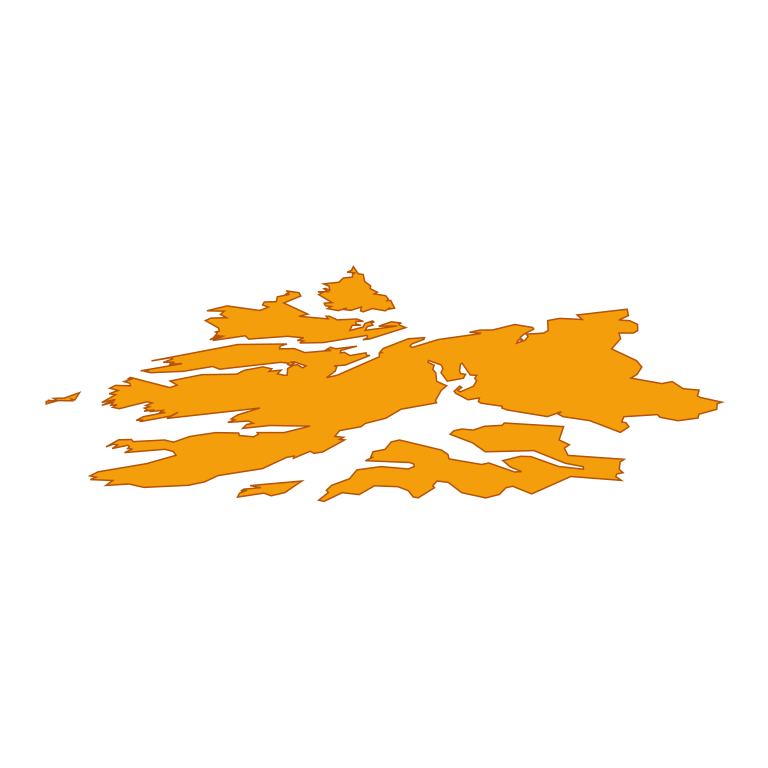 outline of Steigen nor, Nordland, Norway
{"feature_id": "86288312B1701312811751", "entity_name": "Steigen nor", "entity_type": "district", "adm_level": 2, "iso_a3": "NOR", "parent_name": "Norway", "parent_adm1": "Nordland", "projection": "equal_earth", "projection_center": [15.214, 67.838], "detail": "fine", "context": "isolated", "style": "filled", "palette": "amber", "viewbox_px": 768, "rotation_deg": 0, "n_neighbors": 0, "source": "geoboundaries", "source_scale": "gbopen_adm2", "svg_char_len": 6119}
<svg xmlns="http://www.w3.org/2000/svg" viewBox="0 0 768 768"><path d="M697.9,418.1L698.9,414.2L716.8,409.3L717.2,403.6L721.9,402.2L700.0,397.4L697.4,395.8L699.1,390.1L683.2,388.7L672.2,381.6L661.8,383.6L631.0,378.1L637.1,374.3L641.8,367.0L636.6,360.7L611.6,348.9L620.6,338.7L619.0,333.0L633.2,333.1L637.7,330.6L637.5,324.4L629.7,320.7L618.8,320.0L628.4,315.6L627.2,309.2L577.1,315.0L582.4,319.5L559.7,318.4L547.7,320.6L548.1,330.6L543.5,333.1L526.3,334.2L528.1,336.4L525.1,340.2L516.7,343.2L518.4,339.8L522.6,340.0L519.9,337.8L523.8,334.2L533.7,329.1L532.7,327.5L514.8,324.5L492.5,330.0L479.7,330.1L469.5,332.3L480.4,333.1L480.0,333.7L438.4,339.5L412.0,347.5L410.0,346.0L411.7,344.0L423.8,339.4L424.5,337.7L408.5,338.7L383.2,348.5L380.3,351.8L381.7,352.6L379.2,353.1L379.5,356.7L337.1,375.3L326.5,377.6L335.3,371.1L336.8,366.6L334.2,365.9L345.2,365.1L370.0,355.4L366.7,355.5L366.0,352.8L350.0,355.6L344.2,352.3L340.4,353.0L340.9,350.4L357.0,346.2L335.5,348.8L330.7,347.2L326.4,349.7L330.7,350.0L330.4,350.5L304.8,352.6L294.3,348.6L279.4,348.8L280.3,346.0L287.0,344.0L237.8,344.5L151.5,360.9L171.2,357.7L172.6,358.9L163.2,362.4L174.4,362.1L169.0,364.5L181.4,363.5L181.4,363.8L140.6,370.8L149.3,370.3L145.7,371.6L150.8,372.7L183.5,371.3L212.7,366.5L219.6,369.2L280.7,362.3L288.8,363.2L287.7,364.5L290.2,365.6L295.0,362.6L290.2,362.2L293.9,361.8L306.0,365.8L302.6,367.9L297.5,364.7L293.5,365.2L287.6,368.6L287.2,375.1L284.7,375.4L277.4,373.8L281.1,370.1L269.1,371.4L271.8,368.8L262.9,366.9L244.3,370.3L236.7,374.2L201.9,374.7L170.1,381.0L177.1,385.1L169.9,387.6L130.4,377.4L128.6,378.6L132.8,378.6L124.1,381.6L129.8,383.2L130.5,385.8L115.6,385.4L109.8,388.2L118.1,390.4L109.1,393.8L115.5,394.7L101.8,402.5L115.5,399.5L101.8,405.3L113.1,402.4L110.9,405.3L117.1,404.7L112.6,407.3L119.3,408.7L147.2,401.7L152.1,403.0L145.8,405.5L149.4,406.8L144.4,408.1L148.0,410.1L144.0,411.3L154.5,409.8L149.4,411.6L162.9,410.4L160.3,412.3L165.4,412.4L143.3,416.7L136.2,420.4L143.2,419.9L139.7,421.7L170.5,416.1L178.1,412.3L166.9,418.4L259.9,408.0L237.7,414.9L231.1,418.9L234.7,419.8L227.8,422.4L248.5,421.0L253.2,423.2L246.7,424.5L242.7,428.4L269.6,425.5L310.2,426.1L284.0,432.6L257.2,432.6L258.3,434.3L253.6,436.8L239.4,435.5L238.7,433.0L215.5,432.6L189.7,436.5L173.4,442.2L164.7,440.0L133.2,441.6L131.4,439.5L118.7,439.8L106.0,446.9L113.6,444.1L117.6,445.0L112.2,448.5L127.8,445.3L129.4,446.7L127.6,448.6L132.5,449.0L124.5,452.6L164.8,449.3L173.3,451.5L176.0,455.3L146.3,463.7L98.2,471.8L89.9,475.9L96.1,477.2L90.3,479.6L112.7,480.5L105.9,485.4L129.0,484.0L143.9,487.4L188.3,485.3L204.6,481.9L218.0,475.6L262.5,468.6L286.5,457.4L294.1,456.1L293.4,458.3L310.1,451.3L314.0,453.3L322.7,452.0L344.6,439.9L339.5,439.5L343.5,437.3L334.8,436.4L339.6,430.6L361.0,426.7L365.4,423.4L385.8,418.2L401.1,409.2L436.6,402.8L435.5,400.4L441.3,390.2L446.7,385.8L436.7,381.4L435.7,372.6L432.7,369.4L434.2,365.3L427.9,362.3L428.6,360.4L441.3,365.1L442.9,368.7L441.0,372.7L447.3,381.1L463.3,378.3L465.6,374.4L460.5,373.5L459.6,370.8L460.4,364.2L462.1,363.2L470.3,375.0L476.8,375.3L474.8,378.5L476.7,380.8L473.4,386.3L460.2,391.9L457.9,390.4L461.7,387.5L459.6,386.1L454.2,391.3L455.5,393.2L468.1,399.8L479.4,397.9L478.4,401.6L481.1,403.2L502.1,406.2L501.9,408.1L507.9,410.1L547.5,416.6L561.3,411.7L558.2,414.1L563.1,416.7L589.7,420.6L620.4,432.4L628.9,426.8L626.0,422.7L621.7,421.9L623.9,416.7L657.5,414.6L659.7,417.2L677.9,420.7L697.9,418.1ZM563.6,426.6L504.3,423.0L502.1,425.3L484.7,426.3L473.0,430.1L462.1,429.0L453.8,430.8L450.1,434.3L472.5,442.8L485.3,451.8L533.9,450.6L565.2,463.2L583.2,466.7L583.5,469.2L558.6,466.5L530.9,456.6L520.4,456.3L502.9,460.6L510.1,466.8L521.6,471.6L514.7,472.0L488.8,463.0L481.5,464.5L449.0,458.9L448.0,454.5L441.5,450.1L399.6,440.0L391.3,441.9L385.0,449.4L373.1,451.7L370.8,456.9L372.5,457.4L365.4,460.7L409.5,462.5L413.8,464.0L414.2,466.5L408.3,469.0L380.9,466.6L356.9,469.9L349.6,478.7L331.5,485.4L326.4,490.3L328.4,492.5L318.7,500.2L324.0,501.4L342.1,492.7L359.1,494.6L374.4,485.8L398.0,486.7L408.2,490.6L413.3,497.0L418.3,497.8L434.5,487.7L432.7,485.7L437.1,481.0L448.3,482.4L461.7,492.7L485.7,497.9L499.2,494.5L506.0,487.7L512.8,486.3L531.7,493.9L570.8,476.5L621.4,480.4L615.8,476.6L616.7,474.0L623.0,472.7L619.2,469.4L620.2,461.9L624.1,459.3L568.0,455.4L564.3,448.1L569.4,444.8L559.1,439.9L563.6,426.6ZM299.0,292.7L285.9,290.8L289.1,292.0L286.6,293.7L288.4,293.7L288.8,294.5L277.4,296.8L276.3,301.7L264.2,302.0L262.6,305.0L268.4,307.1L259.8,310.5L227.0,305.9L206.9,310.8L224.2,311.2L220.4,314.4L226.4,317.7L210.9,318.1L205.4,320.6L218.5,328.0L219.4,331.0L215.6,332.0L217.4,332.9L214.7,336.2L218.5,335.3L219.6,336.0L212.0,338.5L209.8,339.8L221.4,336.0L223.1,336.2L212.7,340.5L245.1,335.8L248.8,339.1L287.4,336.3L303.8,337.8L297.3,340.5L303.5,341.0L299.8,343.0L323.1,342.6L366.9,335.4L367.6,337.6L362.9,339.8L369.5,339.0L405.7,327.6L399.5,325.2L398.6,323.1L401.4,323.5L400.6,322.9L391.2,321.8L378.7,326.2L397.3,326.0L365.2,330.4L367.4,326.5L372.9,325.2L371.1,322.9L373.8,322.0L372.6,320.9L364.9,323.5L363.0,327.1L349.8,330.5L352.3,325.3L361.0,325.3L355.7,323.9L356.1,321.4L363.4,321.4L356.9,319.0L337.2,319.9L329.2,316.2L326.2,316.2L328.1,318.9L298.9,316.3L307.8,314.1L283.8,303.0L300.8,296.0L299.0,292.7ZM353.3,266.6L351.5,270.4L347.1,272.2L355.5,272.9L352.5,274.1L352.5,277.1L343.4,278.0L338.9,282.2L323.6,283.9L329.0,286.2L329.7,290.3L325.7,288.4L323.9,288.8L327.9,291.6L318.0,291.8L322.0,292.8L318.7,294.6L332.0,302.6L324.2,303.2L325.4,305.8L331.2,306.5L327.4,308.6L338.3,310.6L346.8,308.1L344.6,309.6L350.8,310.4L361.4,307.0L360.6,310.9L363.2,311.8L372.3,308.6L385.4,310.8L389.9,307.6L389.1,309.1L394.6,308.2L390.7,300.4L387.0,300.7L388.3,299.1L385.6,295.7L374.3,293.9L377.4,292.2L370.1,288.6L370.7,286.0L364.7,281.5L363.2,274.5L358.4,273.9L353.3,266.6ZM301.9,481.0L250.1,485.6L261.0,487.7L244.0,489.1L240.7,491.0L247.1,490.3L239.6,493.1L237.5,497.1L263.9,493.1L271.1,495.8L284.8,492.6L301.9,481.0ZM79.6,392.6L64.4,398.1L53.5,398.4L56.0,399.9L53.9,400.9L47.7,400.2L49.5,400.9L46.2,401.5L46.1,403.9L58.2,400.6L72.6,400.8L71.3,399.1L74.8,400.0L79.6,392.6Z" fill="#f59e0b" stroke="#b45309" stroke-width="1.5"/></svg>